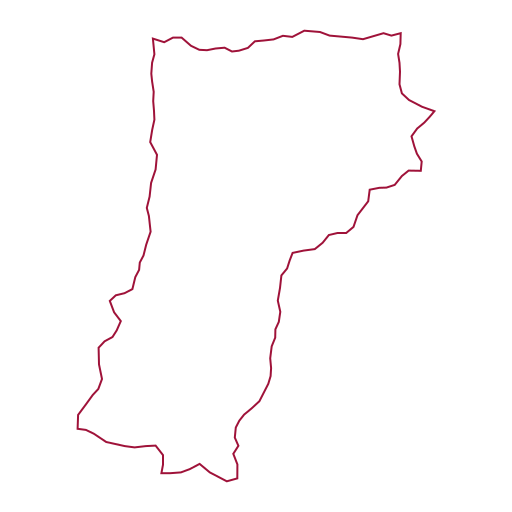 Lupércio, São Paulo, Brazil (Mercator projection)
{"feature_id": "56859067B18572891810080", "entity_name": "Lupércio", "entity_type": "district", "adm_level": 2, "iso_a3": "BRA", "parent_name": "Brazil", "parent_adm1": "São Paulo", "projection": "mercator", "projection_center": [-49.815, -22.439], "detail": "fine", "context": "isolated", "style": "outline", "palette": "rose", "viewbox_px": 512, "rotation_deg": 0, "n_neighbors": 0, "source": "geoboundaries", "source_scale": "gbopen_adm2", "svg_char_len": 1760}
<svg xmlns="http://www.w3.org/2000/svg" viewBox="0 0 512 512"><path d="M434.4,111.2L422.1,106.8L409.0,100.0L401.9,93.4L399.5,84.3L400.0,71.7L399.5,62.9L398.1,53.9L400.4,44.1L400.7,33.2L391.4,35.6L383.5,33.2L374.6,35.8L363.0,39.2L352.1,37.6L339.8,36.5L329.6,35.6L320.0,32.0L304.3,30.7L292.3,36.9L282.9,35.8L273.6,39.4L263.9,40.5L254.9,41.3L247.9,47.9L238.9,50.7L232.0,51.5L224.6,47.7L215.6,48.5L207.0,50.2L199.3,49.8L191.0,45.8L181.6,37.6L173.0,37.6L164.2,42.2L152.9,38.6L154.4,54.3L152.1,62.7L151.3,73.7L152.1,81.4L153.7,91.8L153.2,101.1L154.0,110.9L154.4,119.7L152.2,129.8L150.2,142.1L157.0,154.8L155.6,169.5L151.1,182.9L149.6,196.6L146.8,207.9L148.9,216.0L150.6,231.7L146.2,244.7L143.5,255.5L139.8,262.5L139.1,269.9L135.3,277.1L132.4,289.1L124.5,293.2L115.8,295.3L109.8,300.9L114.1,312.3L120.8,321.1L116.7,330.4L112.5,337.0L104.6,341.3L98.6,347.7L99.0,364.4L102.0,379.0L98.3,389.0L92.8,394.9L86.2,404.0L78.1,414.9L77.6,428.8L85.9,429.9L93.8,433.7L106.2,442.0L124.8,446.1L134.6,447.4L145.8,446.1L155.6,445.6L163.0,455.1L163.0,464.7L161.4,473.2L170.1,473.2L180.9,472.4L189.8,469.1L199.6,463.9L209.8,472.4L226.8,481.3L237.3,478.4L237.4,464.4L233.3,453.8L238.4,445.8L234.8,437.6L235.8,427.5L239.3,420.7L244.1,414.6L251.6,408.4L259.4,401.2L268.3,383.8L270.6,376.1L271.1,368.1L270.2,358.3L271.7,346.3L275.2,337.7L275.4,329.3L278.8,321.9L280.3,311.8L277.8,300.6L280.0,288.0L281.4,275.4L287.1,268.5L289.7,260.4L292.6,252.9L303.6,250.6L314.8,249.1L322.6,242.8L328.9,235.0L337.5,233.0L346.2,233.0L353.5,226.9L357.5,215.2L368.2,201.3L369.7,189.7L379.4,187.8L386.4,187.6L394.7,184.9L401.9,176.0L408.6,170.6L420.8,170.8L421.7,161.5L416.9,153.7L414.3,146.3L411.5,136.3L417.2,128.5L424.3,122.6L429.6,116.9L434.4,111.2Z" fill="none" stroke="#9f1239" stroke-width="2"/></svg>